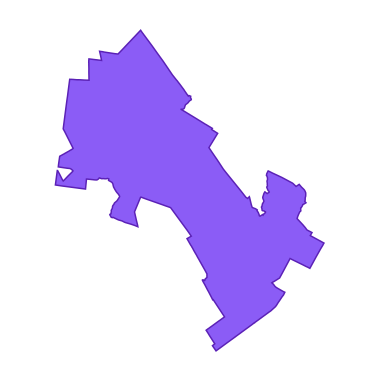 outline of Belciugatele, Calarasi, Romania, rotated 96°
{"feature_id": "2599482B10542752576449", "entity_name": "Belciugatele", "entity_type": "district", "adm_level": 2, "iso_a3": "ROU", "parent_name": "Romania", "parent_adm1": "Calarasi", "projection": "mercator", "projection_center": [26.453, 44.516], "detail": "fine", "context": "isolated", "style": "filled", "palette": "violet", "viewbox_px": 384, "rotation_deg": 96, "n_neighbors": 0, "source": "geoboundaries", "source_scale": "gbopen_adm2", "svg_char_len": 5851}
<svg xmlns="http://www.w3.org/2000/svg" viewBox="0 0 384 384"><g transform="rotate(96 192 192)"><path d="M342.7,155.6L347.5,151.5L317.8,118.7L316.2,117.0L315.8,116.4L315.7,116.5L314.6,115.2L303.7,103.2L302.1,101.3L300.2,99.6L297.2,96.9L296.6,96.6L295.8,96.1L292.7,94.6L291.1,93.7L286.9,91.5L284.8,90.2L282.0,89.2L281.4,90.9L278.8,96.8L277.9,98.6L277.7,98.9L277.2,99.6L275.3,101.3L274.4,102.5L274.0,103.1L273.5,102.6L272.3,100.9L268.4,95.9L261.9,93.2L247.9,87.5L248.1,87.0L249.1,84.4L251.5,77.8L252.7,74.5L254.2,70.6L254.6,69.3L255.6,66.8L243.6,61.8L235.0,58.1L231.2,56.3L230.3,56.0L229.0,55.4L223.0,69.8L219.8,68.4L219.6,68.9L218.2,72.5L217.9,73.3L217.7,73.6L217.5,73.9L215.6,75.6L213.9,77.4L213.3,78.0L209.3,82.6L207.5,84.7L205.3,84.3L203.2,83.7L200.6,82.8L200.1,82.4L199.7,81.9L199.2,81.8L197.9,82.1L196.5,82.2L196.1,81.9L196.1,81.7L193.8,80.6L193.2,80.6L192.9,80.4L192.7,80.2L192.5,79.8L192.2,79.3L190.8,77.5L190.5,77.8L189.9,78.4L189.4,78.9L188.5,78.6L185.9,78.8L184.2,78.5L182.7,78.6L181.0,78.8L180.0,79.3L179.3,79.7L178.3,80.4L177.4,81.4L175.6,83.7L173.2,86.2L175.6,89.1L173.1,92.3L172.6,93.1L172.0,94.6L168.1,104.2L166.4,109.1L164.8,113.8L163.1,118.3L163.1,118.5L166.1,119.6L167.8,119.7L168.3,119.1L169.1,118.9L169.5,118.6L170.0,118.4L171.2,118.3L171.9,118.2L172.8,118.5L173.8,118.5L175.1,118.1L176.8,117.9L178.2,117.6L179.3,118.2L180.8,117.5L181.4,117.1L181.8,116.9L182.3,116.7L182.5,116.5L182.9,116.1L183.3,115.6L183.9,115.2L184.5,115.5L184.8,116.0L185.1,116.4L185.4,117.0L185.7,117.2L185.3,117.8L184.6,119.0L184.2,119.5L184.3,119.6L185.0,119.9L185.9,120.3L189.8,121.1L191.0,120.8L192.7,119.9L193.5,119.6L194.0,119.6L194.4,119.8L194.8,120.0L195.2,120.0L195.9,120.6L198.1,120.9L198.8,120.9L199.1,121.0L199.7,121.4L200.8,120.9L201.7,120.6L202.5,120.5L203.0,120.3L203.2,120.0L203.2,119.5L203.3,118.4L203.8,117.6L203.9,117.0L204.1,116.8L204.4,116.8L204.5,116.8L205.0,117.1L205.4,117.3L206.4,118.3L207.5,118.9L207.0,119.3L208.9,121.8L208.6,122.5L208.2,122.7L207.7,122.8L205.4,124.0L203.8,125.4L203.0,125.2L202.9,125.3L202.3,126.5L201.9,127.4L201.7,128.3L201.1,130.4L200.7,130.7L199.1,131.4L197.3,132.1L191.3,134.2L190.7,134.5L192.6,136.0L192.0,137.1L191.7,137.8L185.9,143.4L173.7,155.6L168.7,160.6L165.9,163.3L157.0,170.6L154.9,172.4L150.2,176.4L146.1,179.8L131.0,172.6L127.8,179.0L126.6,178.4L126.1,179.5L125.5,180.7L124.7,182.5L123.5,185.0L123.1,186.0L115.9,201.0L115.5,201.9L113.1,206.9L111.6,210.1L110.8,212.0L110.8,211.4L110.8,210.8L110.7,210.1L110.5,209.6L110.2,209.1L109.9,208.7L108.9,208.2L108.3,208.2L107.8,208.1L107.1,207.9L106.2,207.7L105.7,207.4L104.8,206.4L103.8,205.4L103.3,205.0L102.9,204.9L102.6,204.6L101.9,204.2L101.3,203.6L100.7,202.7L100.2,202.4L99.7,202.4L98.9,203.0L98.5,203.3L97.9,203.3L96.9,203.3L96.4,205.1L97.0,205.7L95.0,207.5L92.2,209.9L91.4,210.5L86.7,214.8L84.2,217.2L83.1,218.2L82.2,219.2L77.5,223.8L64.8,234.5L62.6,236.5L57.7,240.9L50.9,246.9L38.3,258.5L36.5,260.0L50.7,270.9L57.4,276.0L62.5,280.0L62.5,283.2L62.2,289.9L62.0,294.1L61.8,295.7L61.8,296.6L61.7,298.6L65.8,297.2L70.6,295.7L70.4,308.4L71.8,308.4L73.0,308.3L74.4,308.2L74.6,308.1L75.2,308.0L75.6,308.0L80.3,307.4L83.5,307.1L86.7,306.7L91.6,306.1L91.9,310.2L92.1,314.8L92.2,316.2L92.4,318.1L92.5,322.4L92.6,323.9L92.7,325.4L96.7,325.5L100.8,325.6L104.4,325.7L109.4,325.8L114.3,326.0L121.9,326.2L142.6,326.7L143.0,326.5L145.3,324.9L149.5,322.2L161.0,314.8L161.6,315.2L165.0,319.8L170.3,327.3L172.8,327.4L178.4,327.6L180.9,327.6L181.0,327.6L181.1,325.8L181.1,325.5L181.2,323.5L181.4,318.5L181.4,315.8L181.5,315.5L181.6,315.2L181.7,314.9L183.1,312.8L183.2,312.7L183.4,312.6L183.6,312.6L184.6,313.3L189.1,317.0L192.9,319.9L194.5,321.2L194.4,321.4L193.0,322.4L187.6,325.9L184.3,328.2L184.0,328.2L199.3,328.6L199.6,321.8L200.2,298.2L190.2,298.3L190.1,297.4L190.1,296.3L190.1,294.6L190.1,293.8L190.1,289.3L190.0,288.4L190.0,288.1L189.9,287.8L189.8,287.6L189.6,287.3L188.9,286.5L188.7,286.3L188.2,286.0L188.0,285.9L187.7,285.7L187.7,285.4L187.7,285.2L187.8,284.9L188.0,284.3L188.1,283.7L188.2,283.3L188.2,283.0L188.0,282.0L187.9,281.0L187.9,280.6L188.0,280.1L187.9,279.4L187.8,278.7L187.7,278.4L187.5,278.0L187.4,277.6L187.4,277.4L187.4,277.1L187.4,276.9L187.5,276.7L187.6,276.4L187.7,276.1L188.5,276.2L189.2,276.2L189.5,275.5L189.8,274.8L190.6,273.0L191.1,272.3L191.4,272.1L192.4,271.5L192.6,271.4L193.4,271.2L194.7,270.7L195.1,270.6L195.5,270.3L197.2,269.2L199.3,267.6L200.6,266.4L201.1,265.8L201.6,265.3L202.1,264.8L203.0,264.1L203.7,263.6L204.0,263.5L204.3,263.5L207.3,265.0L208.6,265.7L209.7,266.7L210.5,267.5L211.1,268.0L212.6,268.5L213.2,268.9L213.6,269.2L214.5,269.5L215.7,269.5L216.3,269.5L217.0,269.7L218.6,270.4L219.2,270.3L220.0,270.2L221.2,270.3L222.0,270.3L222.3,270.4L222.4,270.5L222.4,270.8L222.7,271.2L223.2,271.4L225.3,269.9L225.5,269.8L225.6,269.7L225.7,269.2L225.8,268.4L225.6,268.1L225.5,267.8L227.2,263.0L227.5,262.0L228.0,259.0L228.2,258.2L229.1,256.0L229.4,254.8L229.8,252.5L230.4,249.2L231.3,245.3L232.2,242.2L230.5,242.7L226.1,244.3L217.8,247.1L202.9,242.7L202.7,242.6L202.5,242.4L202.5,241.9L203.7,237.2L205.6,229.2L206.6,225.0L207.7,220.3L208.8,215.9L208.9,215.3L209.7,212.0L209.9,211.6L210.2,211.3L210.4,211.1L214.7,207.2L231.0,192.4L236.0,188.1L236.3,188.5L238.9,192.1L244.9,187.8L245.9,186.9L246.7,186.4L247.7,185.6L249.7,184.3L253.3,181.7L253.9,181.2L256.0,179.8L258.9,177.7L259.5,177.3L260.5,176.6L261.6,175.8L262.6,175.1L268.2,171.1L271.0,169.2L271.8,168.6L275.4,168.2L275.6,168.3L275.8,168.6L277.1,169.7L277.3,169.9L277.9,170.0L278.5,170.0L278.8,170.2L278.8,170.3L278.7,170.5L278.5,171.0L278.3,171.4L278.2,171.7L278.2,172.0L278.3,172.3L278.5,172.5L278.7,172.4L280.0,171.6L283.1,169.4L287.8,166.3L289.6,165.0L291.9,163.5L294.0,162.1L297.1,160.1L296.8,159.7L312.8,146.6L318.7,153.2L322.8,157.7L326.6,162.0L328.0,163.5L330.2,161.7L333.2,159.4L340.6,153.5L342.7,155.6Z" fill="#8b5cf6" stroke="#5b21b6" stroke-width="1.5"/></g></svg>